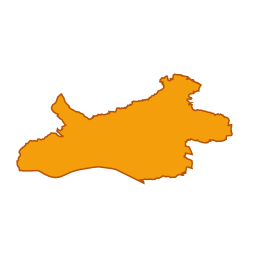 the district of Kota Bogor, Jawa Barat, Indonesia, rotated 100°
{"feature_id": "22746128B63896883204987", "entity_name": "Kota Bogor", "entity_type": "district", "adm_level": 2, "iso_a3": "IDN", "parent_name": "Indonesia", "parent_adm1": "Jawa Barat", "projection": "robinson", "projection_center": [106.783, -6.595], "detail": "fine", "context": "isolated", "style": "filled", "palette": "amber", "viewbox_px": 256, "rotation_deg": 100, "n_neighbors": 0, "source": "geoboundaries", "source_scale": "gbopen_adm2", "svg_char_len": 5764}
<svg xmlns="http://www.w3.org/2000/svg" viewBox="0 0 256 256"><g transform="rotate(100 128 128)"><path d="M114.0,25.5L113.8,26.0L113.1,25.7L110.6,26.5L106.9,26.4L106.8,26.6L106.9,27.5L108.0,29.2L108.0,29.8L106.8,29.7L105.7,30.0L103.3,29.6L101.5,30.7L100.8,31.7L100.4,33.4L100.3,34.4L100.7,34.7L100.6,35.3L99.8,35.7L99.3,36.6L98.8,36.9L99.1,37.7L98.6,38.3L98.3,39.4L99.2,40.4L98.5,41.6L98.5,41.9L99.2,42.8L99.3,43.6L100.4,44.6L100.2,45.1L99.5,45.3L99.1,46.0L98.7,47.1L98.9,48.2L99.2,48.5L98.4,49.2L98.6,52.4L98.2,53.4L98.1,56.9L97.8,59.1L98.2,61.0L97.9,62.4L98.2,62.5L98.3,63.5L98.9,64.0L99.1,64.7L98.5,67.4L96.9,68.2L96.8,68.7L96.2,69.0L94.0,69.0L94.5,72.2L94.3,72.3L93.7,72.2L93.1,71.6L93.4,71.2L92.3,70.1L92.7,71.8L91.2,73.0L90.9,74.2L90.3,74.7L89.6,74.7L88.9,73.6L88.8,71.7L88.6,70.9L88.0,70.4L87.4,70.7L87.0,72.7L86.3,73.6L85.9,73.8L84.7,73.7L83.4,72.5L82.7,69.5L82.4,69.1L82.2,69.1L81.2,69.9L80.6,69.8L80.8,67.8L79.5,66.4L79.3,64.7L76.4,64.9L73.0,63.6L72.8,63.7L72.7,64.8L72.2,65.1L71.9,66.8L71.7,66.8L71.7,67.4L71.4,67.4L71.3,68.0L71.6,68.0L71.4,69.1L71.2,69.0L70.9,70.7L69.2,72.1L69.3,73.5L69.6,73.6L70.1,73.2L69.8,74.0L69.0,75.6L68.4,75.9L68.7,77.2L69.4,77.5L69.7,78.5L69.2,78.5L67.7,77.4L67.2,78.1L67.2,80.7L67.0,83.6L67.2,83.8L67.2,84.2L66.5,84.7L67.1,90.0L66.9,91.3L68.1,92.6L71.8,92.3L71.8,93.6L72.4,93.2L72.8,93.3L72.2,94.5L72.3,94.9L73.6,94.6L74.3,94.9L74.3,95.6L73.6,97.1L72.5,97.3L71.6,97.9L70.2,98.3L70.3,99.1L70.8,100.0L72.6,101.0L72.5,102.3L73.0,103.6L73.8,103.8L74.7,104.6L76.8,104.7L77.1,104.3L76.5,103.7L76.4,103.1L76.8,101.5L77.1,101.7L77.2,102.4L77.6,102.2L78.0,102.4L78.4,101.5L78.8,101.6L79.0,101.2L79.3,101.3L79.4,100.4L81.8,99.8L82.5,99.9L84.4,101.4L86.2,104.4L87.0,104.9L88.3,105.0L88.7,105.7L89.6,106.0L89.9,106.4L90.0,107.7L91.5,108.1L91.9,109.6L92.5,110.4L93.9,110.9L94.3,112.2L95.2,112.1L95.6,112.4L95.8,112.9L96.9,113.1L96.9,113.4L96.5,113.6L96.7,115.0L97.4,115.8L97.4,116.7L98.2,117.3L98.6,118.1L98.4,118.4L97.8,118.1L97.6,118.3L98.7,119.4L99.3,120.5L99.4,121.4L99.2,122.0L100.0,122.6L100.4,123.9L100.4,125.0L100.7,126.2L100.7,127.4L101.7,128.5L101.9,128.1L103.3,128.1L104.5,128.7L104.7,129.2L104.3,129.8L104.6,130.2L105.0,129.7L105.3,130.0L106.0,131.9L105.9,132.3L107.1,132.4L107.6,133.2L108.4,133.1L108.6,133.8L108.5,134.4L108.9,134.5L109.1,134.2L109.3,134.4L108.7,135.3L109.4,135.8L109.4,137.5L109.7,138.2L110.2,138.3L110.3,138.8L110.3,139.3L109.9,139.7L109.9,140.3L110.3,141.3L110.2,142.1L111.8,142.7L113.7,142.7L114.2,143.0L114.5,144.0L114.6,147.0L115.2,147.9L115.0,149.6L117.0,148.9L116.9,150.3L118.2,151.5L118.4,152.6L119.1,153.5L119.2,154.4L118.9,156.6L119.8,157.0L119.7,158.6L120.0,158.9L119.8,159.8L121.2,160.3L121.3,160.8L121.2,161.3L121.8,161.9L122.1,163.1L122.0,164.2L122.6,164.4L123.1,163.7L123.4,164.0L123.2,164.6L123.7,164.9L123.9,164.6L124.6,164.8L124.7,165.2L125.8,166.7L125.9,167.8L126.3,168.0L124.7,170.4L124.2,172.8L122.8,173.8L121.9,175.6L121.8,177.5L121.0,178.3L121.0,178.7L120.8,179.3L121.0,181.7L119.9,185.1L119.5,185.8L119.4,186.9L118.3,189.1L117.7,189.3L117.5,189.8L117.0,189.7L116.4,190.2L114.5,193.1L113.7,193.7L113.1,194.6L109.6,196.4L107.4,198.6L106.5,199.0L106.1,199.7L109.7,202.5L114.7,203.3L116.6,204.3L117.5,205.5L118.4,206.2L121.1,206.8L122.7,206.5L123.6,205.5L124.1,205.3L124.5,204.4L125.2,203.9L125.9,201.8L126.3,201.5L126.4,199.4L126.6,199.1L128.4,199.8L128.7,199.6L128.9,199.3L128.7,198.8L129.2,198.1L130.4,197.1L131.3,194.4L133.6,192.7L136.1,189.9L137.1,191.2L138.2,193.2L139.6,192.6L140.3,193.0L140.5,192.5L142.4,194.0L141.6,196.7L141.0,197.3L142.0,197.4L142.3,197.2L143.3,197.5L143.5,196.5L144.1,196.5L144.9,194.7L146.1,193.6L146.2,192.8L146.7,192.2L147.3,190.6L147.9,190.9L148.2,194.1L147.4,196.2L146.3,197.3L145.8,198.2L146.3,203.0L147.8,203.6L149.1,205.6L150.7,206.3L151.2,207.8L153.1,208.6L153.7,209.1L153.7,210.2L154.5,211.0L154.7,211.6L154.3,213.0L154.4,214.3L154.9,215.0L156.8,215.3L156.7,216.9L156.9,218.7L157.4,219.9L157.4,222.2L159.6,223.6L160.5,223.8L160.8,224.3L160.9,225.7L161.9,226.0L162.8,225.8L164.0,227.0L165.1,227.4L165.4,228.6L166.1,228.6L167.0,229.7L169.7,231.0L170.6,231.0L171.4,230.6L172.3,229.4L173.8,229.2L175.6,230.4L177.0,230.7L178.1,230.4L179.6,230.7L179.8,231.5L183.7,230.6L185.1,229.7L185.8,228.5L188.8,227.4L188.3,225.5L188.5,224.4L187.4,217.9L185.6,209.3L185.9,207.6L187.9,202.4L189.2,197.2L189.5,194.2L189.4,191.1L188.6,188.0L187.5,185.6L181.4,176.6L178.8,171.8L177.3,168.2L173.1,156.4L171.9,152.5L171.3,149.8L170.7,137.2L170.9,133.0L171.6,130.3L179.6,102.9L178.8,103.2L178.1,103.3L177.8,104.1L178.0,104.7L177.3,105.6L177.0,106.7L176.4,105.1L176.3,103.9L175.6,103.1L175.5,102.7L175.4,100.8L174.5,96.9L174.4,94.7L173.5,92.0L172.5,91.5L172.2,89.3L171.8,88.5L169.9,85.9L169.1,85.5L169.2,82.8L169.5,82.0L168.7,80.5L168.7,79.3L169.3,77.8L168.2,72.7L165.9,71.0L165.2,69.6L164.8,69.3L165.1,66.7L165.0,65.5L164.5,65.1L163.8,66.6L163.2,67.0L162.9,66.9L162.7,64.1L162.2,63.3L161.7,63.4L161.5,64.7L161.2,64.4L161.1,63.6L159.0,63.6L158.0,63.4L156.7,63.6L156.4,63.4L156.0,62.6L155.9,62.1L156.3,61.1L156.6,57.9L155.3,58.6L152.0,58.5L149.1,59.4L148.3,62.0L148.2,63.9L147.0,65.9L147.0,67.1L146.5,67.0L146.4,67.7L145.3,67.4L144.7,66.8L144.3,67.0L143.9,66.7L143.2,67.1L142.7,66.9L142.9,60.1L140.6,61.4L137.6,63.5L137.3,63.6L136.2,64.8L135.9,64.9L135.9,68.2L131.6,68.9L131.5,67.8L129.5,67.6L129.5,66.3L128.8,66.0L129.2,64.9L128.0,64.5L128.8,58.7L128.0,58.4L127.9,57.4L127.9,57.0L128.5,56.8L128.9,55.4L129.4,50.7L129.1,49.5L129.1,48.3L128.3,47.8L128.6,47.3L128.4,46.8L127.4,46.1L126.8,45.4L126.6,43.7L125.9,45.6L125.5,45.5L125.4,45.1L125.2,41.6L125.4,39.8L125.8,38.8L124.6,33.4L123.4,30.9L122.8,30.4L122.3,30.3L122.1,29.3L118.9,29.7L118.2,28.2L117.6,25.5L117.0,24.6L115.6,24.5L115.1,24.7L114.4,25.5L114.0,25.5Z" fill="#f59e0b" stroke="#b45309" stroke-width="1.5"/></g></svg>